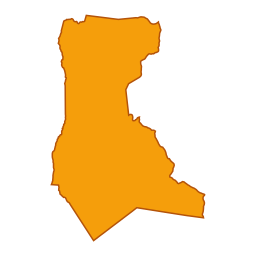 Canudos, Bahia, Brazil
{"feature_id": "56859067B47198937140500", "entity_name": "Canudos", "entity_type": "district", "adm_level": 2, "iso_a3": "BRA", "parent_name": "Brazil", "parent_adm1": "Bahia", "projection": "equal_earth", "projection_center": [-38.948, -10.003], "detail": "fine", "context": "isolated", "style": "filled", "palette": "amber", "viewbox_px": 256, "rotation_deg": 0, "n_neighbors": 0, "source": "geoboundaries", "source_scale": "gbopen_adm2", "svg_char_len": 4976}
<svg xmlns="http://www.w3.org/2000/svg" viewBox="0 0 256 256"><path d="M158.4,22.0L157.2,22.9L156.6,23.3L155.9,23.7L155.0,23.9L153.9,24.1L153.0,24.1L152.2,23.9L151.4,23.6L150.5,23.1L149.9,22.3L149.1,21.2L148.4,20.3L147.4,19.0L146.6,18.5L145.6,18.2L144.8,17.5L144.1,17.2L143.5,17.1L142.4,17.0L141.5,16.9L140.7,16.9L139.8,17.1L139.1,17.4L138.4,17.6L137.7,17.9L136.8,17.8L136.0,17.7L118.4,19.4L111.0,18.5L108.9,18.2L86.3,15.4L84.8,20.6L84.5,21.4L83.5,21.7L82.5,21.6L81.6,22.2L81.0,22.0L80.2,22.0L79.4,23.0L78.7,23.6L77.9,23.4L77.4,22.9L77.1,22.0L76.5,21.5L75.8,21.7L75.2,21.7L74.5,21.5L73.7,20.8L73.1,19.5L72.4,18.9L71.4,18.7L70.4,19.4L69.0,19.3L67.8,19.6L66.8,19.4L66.0,20.1L64.9,20.5L63.8,21.1L61.3,30.9L61.5,32.2L60.9,33.3L60.4,34.7L60.1,35.9L59.7,36.7L59.2,37.6L58.6,38.4L58.9,39.4L59.0,40.5L58.7,42.1L58.3,43.3L58.9,44.1L59.6,44.9L60.1,46.2L59.9,48.0L60.2,49.1L60.6,49.7L61.0,50.5L61.2,51.5L61.9,52.1L62.2,53.4L62.2,54.4L62.5,55.7L63.0,56.7L62.9,58.2L62.8,59.6L62.0,59.8L61.6,60.7L61.3,61.8L61.9,62.8L61.8,63.9L61.6,64.9L62.1,66.4L62.7,67.5L63.6,67.9L64.0,68.9L64.3,69.7L64.7,70.7L65.0,72.1L65.2,73.0L65.4,74.0L65.6,75.2L65.4,76.4L65.4,77.2L66.2,77.7L66.1,78.7L65.6,80.0L65.4,81.4L65.1,82.5L64.7,83.4L65.0,84.7L65.2,85.8L65.4,114.1L65.6,116.3L65.4,117.2L65.5,118.1L65.6,119.2L65.2,120.3L64.7,121.7L64.8,123.2L64.2,123.9L63.7,124.4L63.7,125.5L63.0,126.8L63.0,128.1L62.3,128.4L62.6,129.5L62.2,130.4L61.7,131.0L61.7,132.5L61.7,133.7L61.5,134.6L60.4,134.8L59.7,135.7L59.5,136.6L58.7,136.6L58.2,137.3L58.2,138.4L57.3,139.3L57.2,140.7L56.8,141.5L56.2,142.5L55.7,143.9L55.7,145.2L55.3,146.4L55.0,147.7L54.7,148.9L54.5,150.0L53.9,150.9L52.9,151.7L52.5,152.6L52.3,153.7L52.3,155.0L52.3,156.4L52.4,157.6L52.7,158.8L53.1,160.1L53.1,161.2L53.1,162.2L53.5,163.3L53.5,164.8L53.5,166.5L53.5,167.6L53.8,168.5L54.1,169.7L54.0,170.8L53.6,171.8L53.4,173.1L53.2,174.1L53.0,175.5L53.0,177.1L52.9,178.6L52.8,179.4L52.8,180.5L52.3,181.9L52.0,183.1L51.7,183.8L51.4,184.6L58.5,185.1L59.0,187.5L58.8,188.5L58.7,190.3L59.5,190.9L59.8,192.4L60.1,194.1L61.3,195.1L62.2,196.1L62.8,196.6L63.6,197.4L64.5,197.3L65.5,197.8L66.1,199.0L66.4,199.9L66.8,200.7L67.4,201.6L68.2,202.2L69.1,202.7L69.6,203.3L70.1,204.3L85.7,228.4L93.6,240.6L99.2,236.3L111.2,227.2L131.4,211.9L136.8,207.7L151.4,210.0L161.4,211.6L187.0,215.6L189.3,215.9L203.5,217.8L203.2,216.3L202.5,215.4L202.3,214.2L202.6,213.3L202.9,212.5L203.2,211.2L203.4,209.4L203.5,207.8L203.5,206.4L204.2,204.6L204.4,203.7L204.4,202.5L204.0,201.2L203.2,199.7L203.0,198.4L203.1,197.3L203.5,196.1L204.4,195.5L204.6,194.6L203.9,194.1L202.6,193.8L201.4,193.2L200.3,192.9L199.3,192.4L197.9,191.4L196.9,190.3L196.1,189.5L195.3,189.0L194.6,188.5L193.7,188.0L192.9,187.8L192.0,187.3L190.7,186.7L190.0,186.2L189.1,185.5L188.1,185.0L187.2,184.4L186.7,183.9L185.9,183.4L185.2,182.9L184.4,182.2L183.8,181.8L183.1,181.8L182.5,181.6L181.7,182.1L181.0,182.6L180.4,182.8L179.7,183.1L178.6,183.6L177.6,183.2L177.1,182.3L176.6,181.7L176.0,181.1L175.4,180.4L174.5,180.0L173.7,179.6L173.1,179.3L172.5,178.3L171.4,177.6L170.6,177.3L169.8,177.0L169.7,175.8L170.2,174.8L170.7,174.3L171.4,173.4L172.0,172.3L172.7,171.4L172.8,170.6L173.0,169.6L173.0,168.4L173.5,167.5L173.9,166.4L174.2,165.3L174.0,164.0L173.4,163.2L172.7,162.7L172.0,162.1L171.5,161.5L170.7,160.9L170.0,159.7L169.3,158.7L168.4,158.7L167.8,158.3L167.3,157.5L167.0,156.5L166.6,155.6L166.2,154.5L166.0,153.2L165.6,151.9L165.0,150.5L164.4,149.4L163.9,148.8L163.4,148.2L162.7,147.2L161.7,147.0L160.7,146.6L160.1,146.1L159.6,145.4L159.1,144.6L158.5,143.6L158.1,142.5L157.5,141.3L157.1,140.5L156.6,139.6L156.0,138.4L155.3,137.5L155.0,136.4L155.0,135.2L154.8,134.1L154.7,132.9L155.2,132.1L155.4,131.2L154.7,130.7L154.0,130.3L153.3,130.2L152.5,130.2L151.8,130.3L151.2,129.8L150.5,129.0L149.7,128.5L148.7,128.0L147.7,127.8L146.9,127.1L145.8,126.8L144.8,126.7L143.9,126.4L143.0,126.0L142.3,125.3L141.6,124.7L140.8,123.5L140.0,122.8L139.2,121.8L139.3,120.8L139.5,119.5L139.2,118.1L139.4,117.1L138.6,117.3L137.5,117.8L136.9,118.9L136.2,119.5L135.6,119.7L135.1,120.4L134.1,120.7L133.1,120.7L132.6,120.1L132.6,118.8L132.8,117.6L132.7,116.7L132.5,115.8L132.2,115.0L131.4,114.5L130.2,114.4L129.3,114.8L128.7,115.2L125.8,89.7L128.6,83.7L138.4,77.9L139.6,77.2L140.8,76.0L141.2,75.2L141.4,74.2L141.1,72.3L141.1,71.0L141.3,70.1L141.3,68.7L141.4,67.6L141.5,66.7L141.3,65.7L141.0,64.9L140.7,64.1L140.7,63.1L140.6,61.7L141.2,60.8L141.9,60.4L142.9,59.8L143.7,59.5L144.7,59.0L145.3,58.3L145.9,57.3L146.6,56.2L147.5,55.3L148.0,54.6L148.7,54.0L149.4,53.8L150.2,54.0L151.3,54.1L152.2,53.8L152.9,53.7L153.6,53.8L154.4,53.3L155.3,52.6L156.3,52.5L156.9,52.2L157.8,51.8L158.4,51.2L158.6,50.3L158.5,48.8L158.1,47.5L158.5,46.7L159.0,45.9L159.1,44.9L159.1,44.0L159.0,43.0L159.3,42.0L159.6,41.0L159.4,40.1L159.2,39.2L159.0,38.0L159.3,36.8L159.5,35.2L159.6,33.7L159.8,32.8L160.2,31.9L160.6,30.9L160.9,30.0L160.5,28.9L160.1,28.1L160.0,27.1L159.6,26.0L159.3,24.8L158.9,23.8L158.5,23.0L158.4,22.0Z" fill="#f59e0b" stroke="#b45309" stroke-width="1.5"/></svg>